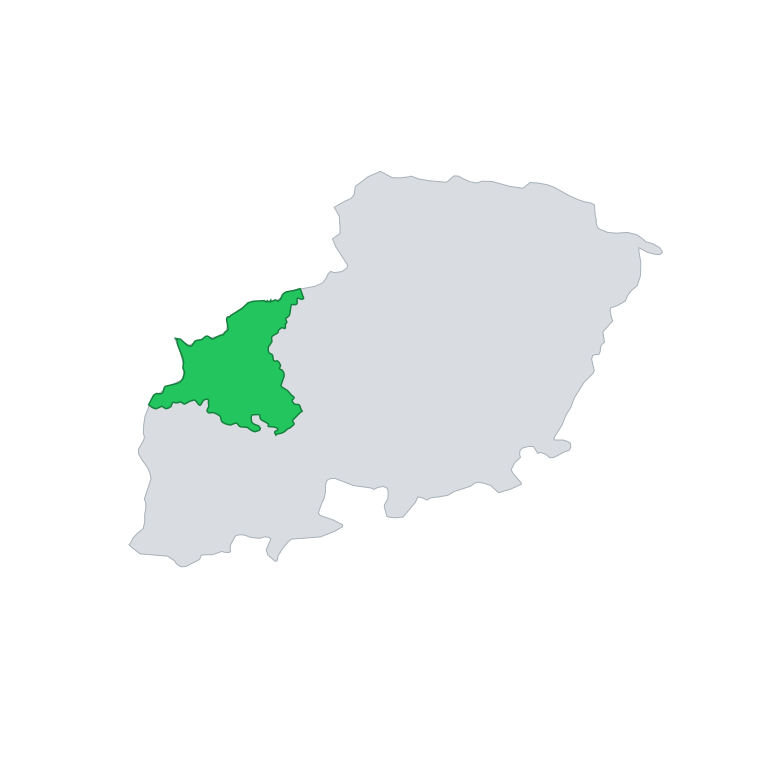 Czechia, with Jihomoravský highlighted, rotated 140°
{"feature_id": "CZE-10370", "entity_name": "Jihomoravský", "entity_type": "Region", "adm_level": 1, "iso_a3": "CZE", "parent_name": "Czechia", "parent_adm1": "", "projection": "orthographic", "projection_center": [16.577, 49.119], "detail": "fine", "context": "in_parent", "style": "filled", "palette": "green", "viewbox_px": 768, "rotation_deg": 140, "n_neighbors": 0, "source": "natural_earth", "source_scale": "10m", "svg_char_len": 7279}
<svg xmlns="http://www.w3.org/2000/svg" viewBox="0 0 768 768"><g transform="rotate(140 384 384)"><path d="M682.7,424.8L680.4,425.0L675.3,427.3L668.8,428.2L661.6,428.0L656.2,431.9L651.1,438.0L645.8,442.3L642.9,446.1L641.4,450.0L623.3,461.2L620.8,465.8L618.9,472.0L618.2,480.4L617.1,487.9L614.0,491.9L604.1,495.5L601.6,497.4L599.8,501.2L594.3,507.2L587.9,512.8L575.9,519.4L562.9,521.5L546.0,519.6L536.2,517.2L531.4,520.0L524.9,528.4L517.9,542.7L515.0,553.5L512.7,550.5L508.6,539.1L504.0,537.6L497.7,536.6L493.0,534.9L482.9,528.3L477.6,526.4L471.7,525.8L465.9,529.7L461.6,534.2L448.1,534.1L433.4,531.9L412.4,516.6L407.0,516.4L401.1,517.0L392.0,513.4L374.3,503.3L366.0,500.9L360.7,502.2L355.9,504.3L352.4,504.5L350.5,501.2L344.0,497.2L337.4,496.6L335.4,498.9L332.7,520.4L330.2,528.2L321.1,527.6L317.8,531.2L310.3,541.4L308.6,551.4L296.2,549.1L290.3,547.3L285.0,548.4L279.0,553.8L262.8,553.0L250.1,549.2L245.0,536.7L239.3,531.6L232.1,526.9L229.6,525.8L225.7,518.9L218.4,510.3L206.4,498.3L196.7,498.5L193.2,495.3L191.8,491.0L188.1,483.6L183.8,478.4L178.4,476.2L170.8,469.4L160.9,454.9L151.8,444.7L142.5,444.4L136.9,439.0L131.2,432.1L127.2,425.4L121.2,409.4L116.7,400.2L113.2,394.5L109.1,389.6L107.7,385.9L113.5,377.9L115.6,373.8L118.1,370.8L119.6,367.5L119.7,365.0L115.3,356.5L109.1,350.2L100.0,343.6L94.3,335.7L92.5,328.6L92.1,324.7L88.2,319.3L85.3,311.5L85.6,307.0L86.5,305.7L89.7,305.9L93.0,309.2L97.6,315.5L101.1,324.5L103.8,321.3L109.0,312.2L117.9,302.1L126.7,296.6L134.3,296.5L140.6,295.2L145.9,292.4L154.9,294.1L161.3,296.6L163.5,295.3L166.4,289.9L168.3,285.3L182.9,283.2L188.2,274.3L191.0,274.4L194.3,273.2L197.5,269.9L200.5,268.6L202.7,270.4L205.8,271.7L209.0,269.6L214.2,259.3L216.9,257.8L229.6,256.7L247.0,251.1L255.9,246.0L264.5,243.3L273.9,238.2L288.6,233.5L289.3,231.4L282.8,225.9L280.6,222.5L279.2,219.0L281.7,215.3L284.9,214.2L289.0,215.9L301.0,218.5L304.3,220.8L305.4,226.2L308.3,231.3L310.8,231.9L309.7,240.1L313.5,243.3L319.1,245.9L322.9,245.5L325.7,242.3L326.7,240.0L334.3,239.8L341.9,236.5L342.7,230.9L342.4,220.4L343.3,218.9L354.7,222.1L366.1,227.1L367.5,237.5L370.5,242.7L374.1,247.4L377.6,249.6L383.6,250.1L399.2,256.5L406.8,257.8L414.5,262.2L421.0,266.6L425.7,267.6L427.9,272.4L430.8,275.7L436.0,273.2L454.9,269.8L461.7,274.5L466.3,279.5L466.9,281.1L464.5,285.5L463.3,289.0L461.3,291.2L454.8,293.6L451.1,297.5L448.4,301.7L450.2,305.8L455.5,308.9L459.3,309.6L460.7,312.6L472.8,326.0L482.4,343.5L486.2,346.2L489.7,346.8L493.8,344.3L498.5,338.6L504.1,334.5L508.8,332.4L517.1,327.5L517.4,324.4L510.4,312.6L506.4,303.1L507.3,301.3L516.2,302.8L531.3,307.9L554.6,324.7L558.8,324.7L566.9,323.3L575.7,320.4L579.8,317.2L581.4,318.3L582.9,327.7L580.7,332.8L570.2,338.0L570.8,340.4L573.6,343.6L578.4,345.7L584.3,351.6L588.4,358.5L591.9,361.7L595.8,363.1L605.4,359.2L608.1,356.3L609.3,354.2L611.2,354.6L614.6,357.9L615.7,359.9L625.2,363.6L630.7,368.2L634.2,370.4L638.0,368.1L653.0,371.5L657.2,374.6L658.6,379.9L658.0,383.1L660.5,391.3L680.0,410.6L682.3,420.7L682.7,424.8Z" fill="#d9dde1" stroke="#a8b0b8" stroke-width="1"/><path d="M401.4,517.8L399.4,517.3L392.4,513.2L387.0,511.0L387.3,509.7L387.6,508.9L388.0,507.8L389.4,504.3L389.9,502.9L389.9,502.3L390.2,501.7L390.6,501.3L391.1,501.2L391.7,501.3L392.4,501.6L393.0,502.2L394.7,505.0L395.2,505.3L395.8,505.2L396.2,504.8L397.0,503.7L397.3,503.1L397.9,502.4L398.9,501.6L399.4,501.4L400.1,501.4L400.7,501.6L403.4,504.0L403.9,504.2L404.5,504.1L411.1,498.2L413.6,497.1L416.8,497.4L417.4,497.1L417.8,496.5L418.3,494.6L418.6,493.9L419.1,493.6L419.6,493.4L420.4,493.4L420.8,493.5L423.2,490.6L423.8,490.3L424.4,490.3L424.9,491.0L425.3,491.8L425.7,492.4L426.2,492.8L427.3,493.1L430.0,493.0L430.5,492.8L432.1,491.6L432.6,491.5L438.8,492.5L439.7,492.2L440.5,491.6L442.4,488.8L442.7,488.5L449.1,486.5L451.1,484.1L451.7,482.7L451.9,482.0L451.9,481.4L451.7,480.8L451.0,479.0L450.9,478.4L450.9,477.8L451.1,477.1L451.4,476.4L452.7,474.8L453.1,474.1L453.3,473.4L453.3,472.7L453.1,472.1L452.8,471.6L452.3,471.2L451.2,470.6L450.8,470.1L450.6,469.5L450.5,468.7L450.7,467.0L451.1,465.3L451.4,464.6L451.9,464.2L453.8,463.5L454.1,463.2L454.2,462.7L454.1,462.2L454.0,461.8L453.3,460.6L453.2,460.1L453.1,459.4L453.2,458.5L453.4,457.6L453.7,456.7L454.6,455.2L455.8,454.0L463.6,449.3L464.0,448.6L464.1,447.8L464.0,446.8L462.3,441.5L462.1,440.5L462.0,434.2L461.4,432.4L461.5,431.7L461.7,431.3L462.1,431.0L464.8,430.5L465.2,430.1L465.4,429.4L465.6,428.6L465.6,427.8L465.6,426.9L465.4,426.1L465.0,425.5L462.6,423.0L462.4,422.4L462.4,421.7L463.5,418.9L463.9,417.3L464.1,415.8L466.3,416.0L476.9,415.0L477.7,414.3L478.0,413.8L478.1,412.9L478.2,411.7L478.7,411.1L479.5,410.8L484.2,410.8L484.9,410.9L486.0,411.5L486.9,411.6L489.9,411.4L492.1,411.6L494.2,412.3L498.7,414.6L499.6,414.3L499.3,416.0L498.9,417.1L498.4,417.6L497.8,417.7L495.0,417.1L494.4,417.3L494.1,417.8L494.2,418.6L494.5,419.6L495.8,421.7L499.6,425.4L499.8,425.9L499.8,426.3L499.6,426.6L498.6,427.1L498.4,427.6L498.4,428.4L498.7,429.3L500.9,435.0L501.0,435.8L501.0,436.6L500.9,437.3L500.6,437.9L500.2,438.6L499.6,439.2L499.2,439.8L499.3,440.5L499.7,441.2L504.6,445.0L505.4,444.9L506.2,444.6L507.0,444.0L508.4,442.3L509.4,440.7L509.7,439.9L509.8,439.1L509.7,438.2L509.5,437.3L508.8,435.7L507.2,432.9L507.0,432.5L507.0,431.9L507.1,430.2L507.5,429.4L508.0,428.9L508.8,428.7L509.7,428.8L513.2,430.2L513.8,430.8L514.9,432.5L515.7,434.6L516.4,437.8L516.7,438.5L517.1,439.2L521.3,443.3L521.6,443.8L521.8,444.4L522.0,445.1L521.8,447.8L522.1,448.5L522.6,449.2L524.1,450.0L527.5,451.0L529.3,452.8L531.0,455.3L532.1,457.8L532.3,458.8L532.3,459.6L532.2,460.2L532.1,460.5L532.0,460.8L530.6,463.5L530.4,464.4L530.4,465.5L531.3,468.2L532.5,470.8L533.7,472.4L536.0,473.8L536.4,474.1L536.8,474.7L537.0,475.4L537.1,476.2L536.9,476.9L536.5,477.5L535.4,478.3L533.0,479.2L532.5,479.6L530.2,483.0L528.8,484.3L528.7,484.9L528.9,485.6L529.4,486.2L530.1,486.7L531.7,487.4L533.3,487.4L537.7,485.9L538.4,485.9L538.9,486.3L539.1,486.9L539.2,487.9L539.0,492.2L539.2,492.9L539.5,493.4L540.0,493.9L543.8,495.6L549.4,496.7L549.8,497.0L550.2,497.5L550.7,498.9L551.0,500.9L554.2,502.3L555.8,503.6L556.8,505.0L557.4,505.4L558.1,505.5L558.8,505.3L561.6,503.7L564.3,504.0L566.4,504.9L566.8,505.2L567.4,506.2L567.8,507.5L568.1,508.9L568.4,509.5L569.0,509.9L573.9,511.3L574.8,511.9L575.5,512.8L576.1,513.9L577.0,516.3L577.7,519.4L567.7,523.5L564.4,523.0L561.6,520.1L560.2,519.5L558.1,520.1L556.4,521.3L554.7,522.4L553.1,522.8L542.7,517.6L538.3,516.5L534.3,517.4L529.4,521.0L528.6,522.3L528.1,524.9L526.8,526.6L523.7,529.3L521.5,533.1L516.9,546.5L515.9,548.4L514.5,550.2L514.3,552.8L511.1,549.1L509.8,540.0L507.6,537.0L506.1,536.9L502.6,538.1L500.9,538.3L499.2,537.7L495.9,535.5L494.5,535.1L491.0,535.2L489.6,535.0L488.4,534.1L487.7,532.5L487.4,530.5L486.7,528.8L484.9,528.1L483.3,527.9L477.8,526.4L476.3,525.4L475.5,525.1L474.6,525.2L473.0,525.9L472.0,525.9L469.4,525.5L467.8,526.6L463.2,534.5L462.2,535.4L460.8,535.9L460.3,535.7L459.1,534.7L457.2,535.0L444.4,533.1L435.9,533.6L431.1,531.5L422.0,524.7L421.9,524.0L421.9,523.1L421.5,522.5L419.9,522.9L419.8,521.4L419.2,520.8L418.1,520.7L417.0,521.0L417.9,519.8L417.2,519.8L416.5,519.5L415.5,518.8L413.8,518.6L413.2,518.3L412.7,517.6L412.4,515.9L411.8,515.5L409.1,515.5L408.3,515.7L405.0,517.4L403.5,517.8L401.4,517.8Z" fill="#22c55e" stroke="#15803d" stroke-width="1.5"/></g></svg>